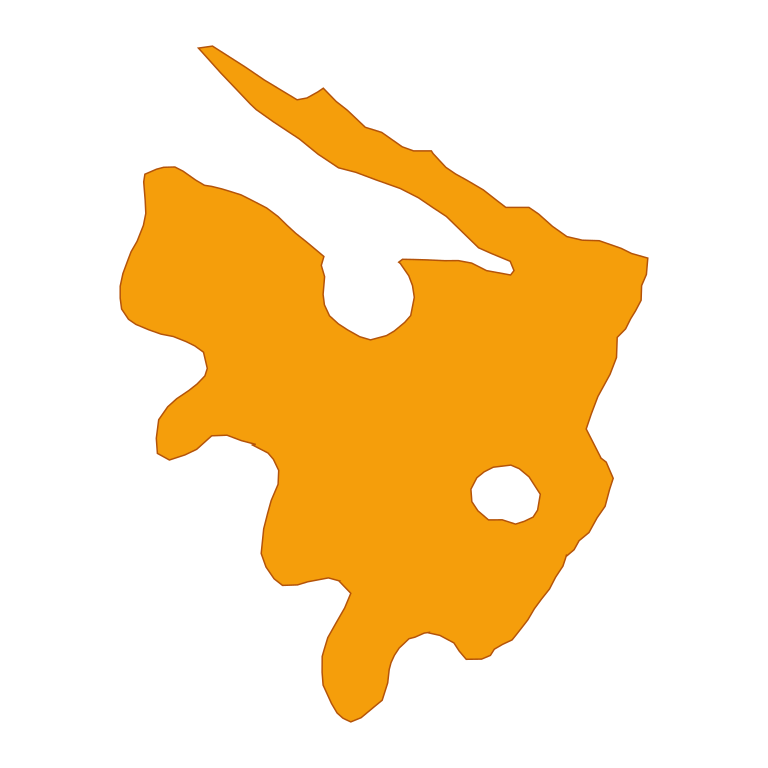 the district of Yevlakh District, Yevlakh Rayon, Azerbaijan
{"feature_id": "54616110B52362464060400", "entity_name": "Yevlakh District", "entity_type": "district", "adm_level": 2, "iso_a3": "AZE", "parent_name": "Azerbaijan", "parent_adm1": "Yevlakh Rayon", "projection": "orthographic", "projection_center": [47.034, 40.701], "detail": "fine", "context": "isolated", "style": "filled", "palette": "amber", "viewbox_px": 768, "rotation_deg": 0, "n_neighbors": 0, "source": "geoboundaries", "source_scale": "gbopen_adm2", "svg_char_len": 3143}
<svg xmlns="http://www.w3.org/2000/svg" viewBox="0 0 768 768"><path d="M323.3,88.2L317.7,92.0L306.9,98.0L297.1,99.8L279.2,89.0L264.3,80.0L245.8,67.4L212.5,46.1L198.4,48.1L199.8,49.6L220.8,73.0L237.4,90.4L250.5,104.2L256.2,109.6L273.5,121.9L299.4,139.0L318.2,154.3L338.5,167.8L355.8,172.3L375.8,179.8L400.3,188.5L418.5,197.8L433.5,208.0L446.3,216.4L467.6,237.1L478.6,247.8L491.4,253.5L510.2,261.3L514.0,270.6L510.6,275.0L486.5,270.6L471.7,263.1L458.3,260.6L445.0,260.7L427.2,259.9L413.6,259.5L402.5,259.3L398.7,262.2L400.4,263.5L401.7,265.5L408.8,275.8L412.5,285.6L414.3,297.3L410.7,315.6L404.7,322.4L394.3,331.0L386.5,335.6L378.3,337.8L370.5,339.9L359.7,336.7L347.6,329.9L338.4,323.9L329.5,315.8L324.4,304.8L323.1,294.4L324.6,276.7L321.3,265.4L323.9,256.5L317.0,250.7L306.1,241.6L295.8,233.4L287.0,225.3L278.0,216.5L266.7,208.0L250.1,199.4L241.1,194.9L230.4,191.5L221.8,188.9L211.7,186.4L204.5,185.3L195.7,180.1L183.1,171.2L174.9,167.0L163.6,167.3L156.5,169.2L145.4,174.0L144.9,174.2L144.6,176.1L143.7,181.9L145.2,200.5L145.8,213.4L143.4,225.4L137.1,241.3L131.1,251.7L128.0,259.8L122.9,273.6L120.2,286.2L120.2,297.0L120.2,297.9L120.2,298.2L121.6,309.0L128.5,319.3L135.9,324.4L148.8,329.8L161.0,334.1L173.3,336.5L186.1,341.6L194.8,345.9L203.5,352.2L207.3,368.4L204.9,375.9L197.1,384.0L188.7,390.6L176.7,398.7L167.7,406.8L158.7,419.7L156.3,438.3L157.4,453.4L169.4,460.0L185.0,454.9L196.7,449.3L211.7,435.8L227.0,435.2L241.3,440.6L255.7,444.4L252.7,445.1L268.0,453.0L273.4,459.3L278.7,470.4L278.1,484.3L271.2,500.5L267.6,513.5L263.7,528.8L263.4,531.8L261.2,553.5L266.0,567.0L274.1,578.8L282.5,585.4L297.5,584.9L307.7,581.8L328.4,577.9L339.4,580.9L339.1,581.1L350.8,593.3L344.7,607.9L335.8,623.4L327.8,637.6L324.1,649.8L322.2,656.4L322.1,672.4L323.1,685.1L331.5,703.5L337.1,713.0L342.8,718.1L345.8,719.6L350.8,721.9L361.1,717.7L374.2,706.8L382.2,700.2L387.7,682.9L389.2,669.5L391.0,662.7L394.4,655.3L399.2,648.0L403.6,643.9L409.0,638.7L414.9,637.2L424.2,633.1L429.0,632.4L428.7,632.9L439.9,635.4L453.9,642.9L459.3,651.2L466.2,659.3L481.6,659.1L490.4,655.4L494.3,649.2L502.5,644.4L512.1,639.9L516.3,634.7L523.4,625.6L527.8,619.9L534.4,608.7L541.4,599.2L549.5,589.0L555.6,577.2L560.8,569.3L562.9,566.2L565.4,558.7L566.4,555.3L566.9,555.8L574.1,549.7L579.1,540.7L589.0,532.5L597.1,517.8L605.1,506.3L609.6,489.4L613.2,478.3L606.2,462.1L600.2,457.5L600.8,457.6L586.2,429.0L591.3,413.9L597.9,396.5L610.0,374.4L616.5,357.5L617.2,337.4L625.6,328.9L630.7,318.7L635.4,311.1L641.1,300.3L641.6,285.6L646.4,274.5L647.5,261.6L647.8,258.1L645.0,257.3L631.6,253.5L621.3,248.4L599.2,240.7L582.3,240.2L566.9,236.6L552.5,226.4L538.7,214.1L528.9,207.4L505.8,207.4L497.1,200.7L483.3,189.9L466.8,180.2L455.6,174.0L445.8,167.3L433.0,153.5L431.4,150.9L413.5,150.9L402.2,146.8L381.7,132.4L365.3,127.3L347.4,110.3L336.2,101.5L328.9,94.0L323.3,88.2ZM531.6,517.8L524.3,521.3L515.5,524.1L502.2,519.8L494.2,519.9L488.5,519.9L477.9,510.8L471.8,501.6L471.6,498.4L470.9,489.2L476.8,477.8L477.0,477.6L484.2,471.8L493.3,467.2L510.9,465.1L519.3,468.7L529.1,476.9L540.0,493.8L540.3,494.2L537.6,510.1L533.1,517.1L531.6,517.8Z" fill="#f59e0b" stroke="#b45309" stroke-width="1.5"/></svg>